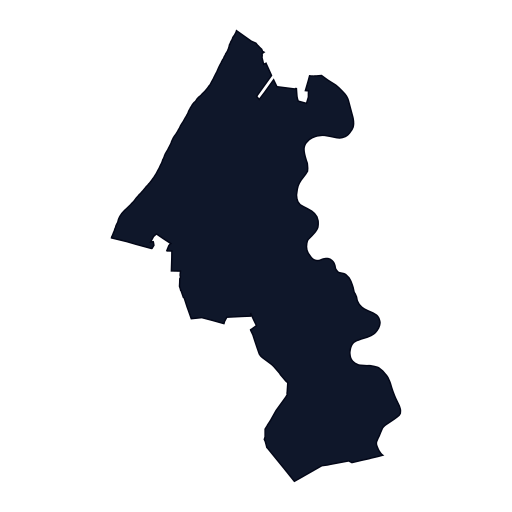 Vārves pag., Ventspils, Latvia (Albers equal-area conic projection)
{"feature_id": "27541924B8081849043776", "entity_name": "Vārves pag.", "entity_type": "district", "adm_level": 2, "iso_a3": "LVA", "parent_name": "Latvia", "parent_adm1": "Ventspils", "projection": "albers", "projection_center": [21.519, 57.283], "detail": "fine", "context": "isolated", "style": "filled", "palette": "ink", "viewbox_px": 512, "rotation_deg": 0, "n_neighbors": 0, "source": "geoboundaries", "source_scale": "gbopen_adm2", "svg_char_len": 6033}
<svg xmlns="http://www.w3.org/2000/svg" viewBox="0 0 512 512"><path d="M382.7,455.2L381.8,454.5L380.8,453.4L379.1,450.9L378.3,449.4L377.0,446.3L376.5,444.7L376.4,443.9L376.4,442.9L376.5,441.9L378.0,438.3L379.2,435.9L380.6,432.4L382.0,429.2L382.4,428.2L383.0,427.4L383.5,426.8L384.6,425.7L385.6,424.9L394.1,419.2L397.2,416.9L399.1,415.3L399.7,414.4L400.3,413.3L400.4,412.1L400.5,410.9L400.4,409.6L400.1,408.4L399.7,407.1L399.2,405.7L395.6,398.2L394.5,395.6L392.8,391.1L391.6,387.5L390.4,383.4L389.7,381.5L388.7,379.3L388.0,377.7L386.5,375.4L385.5,374.3L383.4,371.8L382.7,371.0L378.6,367.7L377.3,367.2L374.2,366.4L370.0,365.6L368.5,365.6L367.0,365.7L360.0,365.2L358.4,364.9L355.1,363.3L354.1,362.5L352.5,361.1L351.8,360.1L351.2,359.1L350.7,358.0L350.4,357.0L350.1,355.6L349.8,352.9L350.0,350.9L350.5,348.3L350.8,347.3L351.1,346.4L352.0,344.5L353.4,342.7L354.3,342.0L356.2,340.9L357.3,340.4L358.4,340.1L361.2,339.0L367.2,337.2L371.0,335.6L373.3,334.2L374.3,333.5L375.4,332.5L377.1,330.4L378.6,328.0L379.6,325.3L379.9,323.6L380.0,322.6L379.8,321.2L379.3,319.5L378.9,318.3L378.4,317.4L377.5,316.1L376.5,315.1L374.4,313.8L372.9,312.9L367.8,310.7L364.4,309.0L362.8,307.9L361.6,307.0L359.2,304.4L358.5,303.1L357.8,301.8L357.3,300.7L357.0,299.6L356.5,296.9L356.1,296.0L355.2,293.9L354.6,293.0L354.1,292.1L353.1,287.5L352.3,285.0L351.0,281.5L350.2,279.9L349.0,277.8L348.7,277.5L345.8,274.6L344.8,274.0L343.8,273.6L339.1,272.6L338.3,272.2L337.6,271.6L336.0,269.5L335.7,269.0L335.4,268.1L334.9,265.5L334.3,263.8L333.9,262.9L333.3,262.0L332.8,261.4L331.9,260.5L330.1,259.2L328.3,258.6L327.5,258.5L325.8,258.5L323.5,258.9L322.4,259.2L319.8,260.3L319.0,260.5L317.5,260.6L316.4,260.5L314.7,260.1L313.2,259.3L312.8,259.0L311.5,257.8L310.5,256.5L308.2,253.2L307.2,250.8L306.9,250.0L306.6,247.6L306.5,246.5L306.8,243.2L307.4,240.9L308.1,239.5L311.8,235.8L314.7,232.6L315.5,231.6L316.6,229.9L317.3,228.7L317.9,227.1L318.2,224.3L318.2,222.9L318.1,220.9L316.9,216.8L314.5,213.5L311.7,211.1L307.5,208.7L303.4,206.6L300.1,204.7L297.9,201.8L296.9,198.7L296.5,195.0L297.3,189.1L298.1,185.9L299.3,183.1L301.1,180.1L305.6,174.2L307.5,171.2L307.7,168.3L307.5,165.4L307.3,163.3L306.3,160.4L305.2,156.6L304.6,154.1L304.1,151.1L304.0,148.9L304.1,147.7L304.6,145.7L305.4,143.9L306.1,142.9L306.8,142.1L309.2,139.6L310.5,138.8L312.3,137.7L315.6,136.4L317.4,135.9L322.3,135.3L324.7,135.4L330.4,136.4L336.7,137.7L339.6,138.0L342.2,137.6L345.2,136.6L346.7,135.7L348.0,134.7L349.7,132.8L352.0,129.5L353.1,127.1L353.4,125.6L353.6,123.9L353.5,121.1L353.2,119.0L352.9,117.4L350.7,109.2L348.4,100.5L347.7,98.5L346.5,96.2L344.9,94.0L342.3,91.2L338.9,87.8L335.9,85.2L327.8,80.1L321.5,75.5L315.9,76.0L315.0,75.9L314.9,76.1L311.0,76.0L309.6,75.8L308.2,81.0L305.4,90.6L307.4,90.8L308.6,90.7L308.4,92.9L308.4,97.1L306.5,103.4L298.2,101.1L297.5,99.0L297.0,96.6L296.8,94.3L296.4,88.6L295.6,88.5L295.0,89.0L283.2,87.5L276.9,86.7L273.6,79.8L264.6,92.4L259.2,99.5L256.6,96.3L271.5,75.5L270.8,73.9L266.0,63.3L265.5,63.8L265.1,63.6L263.6,64.4L262.8,60.8L262.0,57.7L262.2,55.1L262.0,53.6L264.0,52.2L262.5,51.4L261.7,49.3L259.1,46.9L258.9,46.5L257.4,45.1L255.9,43.2L251.3,41.2L236.5,30.7L236.0,32.3L234.5,35.1L233.2,36.9L232.9,37.4L232.6,38.1L232.3,39.2L230.6,42.2L230.4,43.1L230.2,43.5L229.6,44.4L229.2,46.0L229.0,47.0L228.6,48.1L228.5,48.6L227.9,49.9L227.7,50.6L226.5,52.7L225.7,53.8L225.6,54.2L225.2,55.2L224.3,56.6L223.8,57.9L223.4,58.8L222.6,59.8L222.2,60.7L221.6,61.7L221.3,62.6L220.1,64.7L218.8,67.3L217.4,70.5L217.0,71.6L216.7,72.1L215.3,74.7L215.0,75.4L214.0,77.3L213.6,78.3L211.8,81.5L210.3,84.4L209.7,85.3L208.7,86.3L208.3,87.1L207.3,88.4L204.8,91.4L202.2,93.9L201.1,95.2L199.6,96.5L198.6,97.2L198.2,97.7L197.0,99.0L196.1,100.5L195.5,101.3L194.9,101.9L194.1,102.5L192.4,104.6L191.7,105.9L190.4,107.9L189.9,109.0L189.0,110.5L188.5,111.6L188.1,112.8L187.7,113.6L187.3,114.5L186.8,115.1L186.5,115.9L185.3,117.8L183.2,121.6L182.2,123.1L180.7,125.5L180.2,126.5L180.1,126.8L179.4,128.3L178.7,129.3L177.5,131.6L176.8,132.7L175.8,134.3L174.5,136.0L173.3,137.9L171.6,141.5L171.2,142.9L170.8,143.8L169.1,147.1L168.6,148.0L167.7,149.9L166.8,151.3L165.4,153.7L164.5,155.8L164.1,157.1L163.4,158.7L162.8,159.7L162.4,161.0L161.8,162.7L161.2,163.9L160.5,165.2L159.1,168.3L158.0,170.2L156.3,173.5L154.5,176.3L153.7,177.7L153.1,178.3L152.2,179.6L151.5,180.6L149.4,183.3L148.8,183.8L147.5,185.5L146.2,186.6L146.0,187.1L144.7,188.6L142.9,190.8L142.1,191.6L140.4,193.6L139.2,194.6L138.4,195.7L136.3,198.0L134.0,201.1L132.8,202.4L131.6,203.5L130.7,204.7L129.8,205.5L126.4,208.8L124.8,210.2L123.5,211.6L121.6,213.7L121.5,214.0L120.5,215.4L119.6,216.9L118.7,218.9L118.4,219.7L118.0,221.3L117.7,222.4L116.8,224.0L115.9,226.0L115.6,227.4L115.0,228.6L114.7,229.5L114.5,230.4L113.5,232.7L112.4,235.6L111.9,236.4L111.6,237.3L111.5,237.9L126.8,241.6L136.0,244.3L151.5,248.5L152.0,248.4L153.9,245.3L153.5,242.8L153.2,241.7L150.6,242.0L153.5,236.5L156.4,233.9L163.3,238.6L170.9,243.6L169.5,244.8L168.8,245.7L166.8,250.7L167.2,250.9L171.9,251.0L171.8,257.8L171.4,270.9L180.5,271.1L180.1,275.2L180.4,276.1L180.3,278.2L179.8,278.7L179.7,282.4L179.7,282.5L179.5,286.3L180.3,288.7L180.7,290.4L181.0,290.5L183.4,297.4L184.2,297.9L187.1,306.9L188.3,310.2L191.3,318.7L201.8,317.6L212.5,320.4L223.2,323.4L223.9,323.6L224.2,322.8L224.4,321.8L224.6,321.3L226.8,317.2L242.9,316.4L250.5,316.1L250.6,313.1L253.8,320.1L256.5,325.6L251.7,329.1L250.6,329.7L250.7,330.3L252.9,334.9L254.9,341.1L255.0,341.4L257.1,347.7L259.3,354.0L260.6,355.9L262.3,357.5L270.8,363.8L272.4,365.1L273.9,366.6L278.9,372.4L279.9,373.6L280.3,374.5L283.9,378.7L284.6,379.6L286.0,381.2L287.8,382.7L287.2,392.1L287.0,393.2L287.4,394.3L285.8,397.1L276.1,410.5L272.0,417.8L270.8,420.0L267.5,425.1L267.4,425.5L267.1,425.9L265.1,429.1L265.1,436.9L264.3,439.4L265.3,441.5L266.1,444.5L266.9,447.6L267.6,448.0L267.7,448.3L268.0,448.7L283.3,467.5L294.2,481.1L294.4,481.3L321.8,465.7L327.2,465.0L327.4,465.0L330.0,464.4L348.7,460.9L351.9,462.6L362.0,460.2L369.0,458.7L371.0,458.1L377.9,456.5L382.7,455.2Z" fill="#0f172a" stroke="#020617" stroke-width="1.5"/></svg>